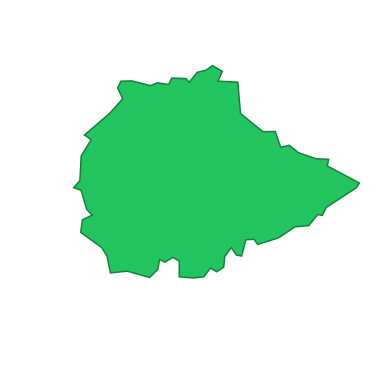 outline of Clay, Kentucky, United States of America, rotated 309°
{"feature_id": "52423323B60932235945211", "entity_name": "Clay", "entity_type": "district", "adm_level": 2, "iso_a3": "USA", "parent_name": "United States of America", "parent_adm1": "Kentucky", "projection": "robinson", "projection_center": [-83.714, 37.148], "detail": "fine", "context": "isolated", "style": "filled", "palette": "green", "viewbox_px": 384, "rotation_deg": 309, "n_neighbors": 0, "source": "geoboundaries", "source_scale": "gbopen_adm2", "svg_char_len": 969}
<svg xmlns="http://www.w3.org/2000/svg" viewBox="0 0 384 384"><g transform="rotate(309 192 192)"><path d="M264.7,306.1L298.6,317.0L304.3,316.4L297.4,280.7L303.4,277.7L295.7,267.1L289.5,249.8L289.5,238.2L282.6,232.7L291.4,218.6L283.5,209.1L283.5,180.3L306.2,158.5L294.5,142.4L304.8,139.7L303.1,128.3L295.4,126.2L288.3,120.7L275.5,120.8L276.4,116.0L267.8,104.6L260.8,106.2L255.2,96.5L248.5,92.8L240.5,75.3L233.3,67.0L226.0,68.7L220.9,79.5L201.4,78.5L168.6,72.6L169.2,80.9L150.6,83.0L130.2,97.7L120.9,97.4L123.5,104.7L112.1,121.3L111.3,129.0L101.4,124.3L90.6,130.9L92.0,156.8L88.7,166.3L77.8,179.5L89.7,191.5L98.9,212.8L110.2,214.2L119.1,209.3L120.4,215.1L129.1,218.2L130.4,225.5L118.0,235.5L126.1,247.2L133.5,254.6L144.5,254.1L145.6,261.4L153.6,263.9L162.5,258.0L173.6,257.6L170.9,266.2L173.5,270.8L188.8,263.9L194.3,270.0L192.6,276.0L210.3,287.8L229.8,294.0L239.4,303.9L253.5,303.8L255.7,307.9L264.7,306.1Z" fill="#22c55e" stroke="#15803d" stroke-width="1.5"/></g></svg>